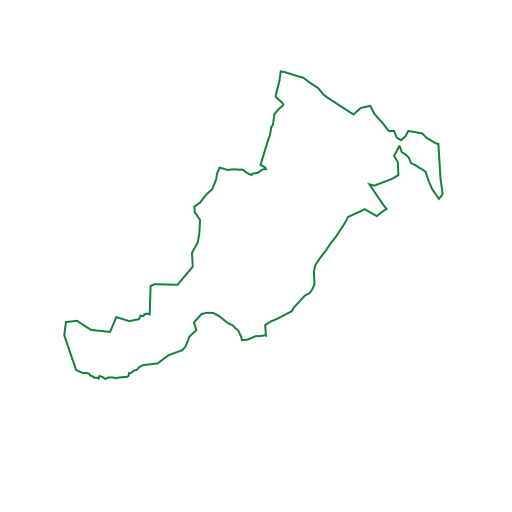 the district of Shelleng, Adamawa, Nigeria, rotated 218°
{"feature_id": "59680162B98903295811344", "entity_name": "Shelleng", "entity_type": "district", "adm_level": 2, "iso_a3": "NGA", "parent_name": "Nigeria", "parent_adm1": "Adamawa", "projection": "albers", "projection_center": [12.115, 9.939], "detail": "fine", "context": "isolated", "style": "outline", "palette": "green", "viewbox_px": 512, "rotation_deg": 218, "n_neighbors": 0, "source": "geoboundaries", "source_scale": "gbopen_adm2", "svg_char_len": 2854}
<svg xmlns="http://www.w3.org/2000/svg" viewBox="0 0 512 512"><g transform="rotate(218 256 256)"><path d="M245.5,440.0L250.3,440.9L258.4,444.7L264.6,437.2L266.3,427.6L282.4,426.1L290.5,425.4L297.2,424.8L302.5,424.8L310.5,426.6L320.7,425.7L328.6,425.6L336.1,422.5L346.1,418.8L349.2,417.2L350.2,416.7L345.5,408.7L339.5,395.2L338.4,393.5L331.6,393.1L330.5,393.1L328.8,392.7L328.2,392.4L327.5,391.9L327.5,391.2L328.6,385.4L328.8,379.1L323.4,369.7L323.4,367.0L321.4,363.7L319.4,359.6L318.0,355.3L317.4,353.6L308.4,330.4L303.3,331.5L301.6,330.5L303.5,329.0L304.2,327.8L306.0,322.4L307.2,321.4L307.8,320.3L308.2,319.9L308.6,319.8L308.9,319.5L309.2,319.1L309.3,319.0L309.5,317.7L309.3,317.3L310.0,317.1L310.3,316.7L310.8,316.8L312.1,316.1L313.7,316.2L316.3,315.7L318.5,316.1L320.6,315.3L321.6,314.2L326.9,310.6L331.4,306.3L339.1,303.3L337.5,296.9L334.8,292.5L331.5,281.5L331.7,281.1L333.0,274.4L333.0,263.6L335.0,256.9L331.2,252.8L322.2,249.9L314.6,238.9L310.2,230.8L308.4,219.1L299.3,208.7L300.1,185.0L318.6,171.3L320.6,167.5L303.8,144.5L305.5,143.9L306.7,143.2L308.2,141.4L307.6,140.5L307.8,139.5L308.9,138.4L310.3,138.0L309.3,134.2L315.7,126.7L328.4,121.9L324.3,106.3L340.5,96.2L357.2,94.7L359.7,92.2L365.1,87.0L358.4,75.6L348.8,69.3L327.6,55.4L324.2,56.2L320.7,57.1L318.5,58.7L317.6,59.5L316.7,60.0L316.0,60.1L315.3,60.4L314.8,60.5L314.5,60.3L314.1,60.3L313.6,60.0L313.3,60.0L312.9,60.0L312.7,59.9L312.3,60.0L311.2,60.5L310.3,60.5L310.0,60.4L309.6,60.7L309.1,60.5L308.1,60.7L307.2,61.4L305.9,62.5L304.7,62.5L305.5,65.0L302.3,66.2L299.0,66.3L297.6,69.3L295.1,71.4L292.5,73.0L291.4,73.3L290.5,74.1L289.3,75.8L284.5,80.2L283.2,81.3L282.6,83.2L284.0,85.5L282.6,86.6L281.6,90.7L279.8,92.8L279.6,96.5L277.7,100.7L267.5,110.6L263.8,124.1L256.0,136.6L255.8,141.4L258.8,151.4L257.4,160.8L264.0,165.5L263.6,170.3L263.2,176.6L260.4,180.4L254.7,184.8L252.4,185.2L248.1,185.9L236.6,185.8L231.8,187.0L227.9,186.4L227.5,186.4L224.4,186.4L218.1,183.4L215.4,181.0L211.0,185.1L207.0,192.5L203.2,195.7L199.5,199.6L199.4,199.6L206.3,207.3L203.9,213.8L200.4,220.0L193.8,234.6L194.4,238.6L193.7,248.0L193.0,255.4L191.0,259.4L191.0,263.5L191.6,266.0L192.3,269.5L197.0,274.9L201.0,279.6L203.7,285.6L204.3,293.7L204.3,302.7L204.3,303.8L205.0,311.8L204.9,318.3L204.9,319.9L205.3,324.8L205.6,328.6L206.2,336.0L207.5,343.4L199.1,359.8L185.4,361.8L184.0,367.7L182.2,373.5L187.0,374.6L210.8,382.3L206.1,384.3L196.1,400.9L193.6,407.4L202.1,417.3L208.8,419.9L210.7,430.7L209.8,430.7L205.2,427.6L201.3,428.1L196.1,427.6L191.1,424.6L185.2,425.9L182.5,425.9L178.5,426.6L174.1,426.8L171.1,424.6L165.8,421.2L158.4,417.2L149.7,414.5L147.0,413.6L146.9,417.3L147.2,419.9L158.1,430.4L181.3,456.6L184.0,455.4L194.3,454.1L200.4,455.0L213.0,448.3L211.9,442.4L213.1,436.5L218.0,435.9L224.4,439.6L227.7,436.4L229.0,436.4L239.2,439.0L245.5,440.0Z" fill="none" stroke="#15803d" stroke-width="2"/></g></svg>